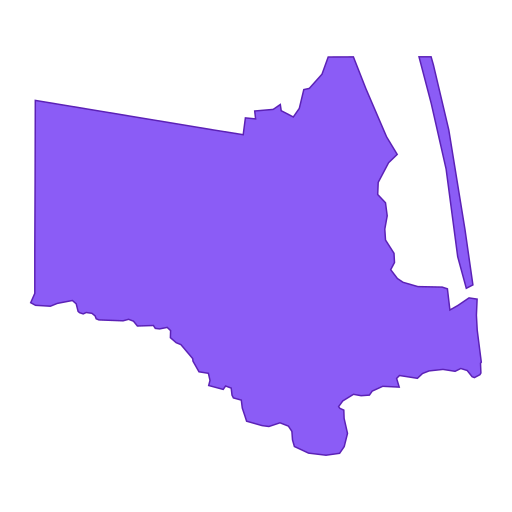 Cameron, Texas, United States of America
{"feature_id": "52423323B19813922549461", "entity_name": "Cameron", "entity_type": "district", "adm_level": 2, "iso_a3": "USA", "parent_name": "United States of America", "parent_adm1": "Texas", "projection": "orthographic", "projection_center": [-97.444, 26.124], "detail": "fine", "context": "isolated", "style": "filled", "palette": "violet", "viewbox_px": 512, "rotation_deg": 0, "n_neighbors": 0, "source": "geoboundaries", "source_scale": "gbopen_adm2", "svg_char_len": 1723}
<svg xmlns="http://www.w3.org/2000/svg" viewBox="0 0 512 512"><path d="M35.3,100.4L35.1,182.4L34.8,251.8L34.8,258.5L34.8,293.4L30.7,302.7L35.5,305.3L50.4,306.2L57.3,303.4L72.4,300.5L76.2,303.8L78.1,311.4L79.6,312.7L83.2,313.9L86.2,312.5L91.9,313.3L95.1,315.9L96.2,318.8L98.9,319.9L123.1,320.8L128.6,319.3L133.5,321.2L137.4,326.0L153.4,325.5L155.3,328.4L159.6,328.9L167.2,327.4L170.6,330.6L170.4,337.7L176.2,342.7L180.9,344.6L192.7,358.6L193.0,361.2L199.0,371.8L208.4,373.3L210.0,380.4L208.7,385.5L223.2,389.4L225.6,386.0L231.2,388.1L232.0,395.1L233.4,397.9L241.3,400.1L242.3,408.1L244.9,415.9L246.6,421.2L262.1,425.6L268.9,426.5L280.0,422.8L288.4,426.1L291.9,431.4L292.5,439.9L294.4,446.5L308.5,453.1L326.0,455.2L339.6,453.3L344.2,446.6L347.5,433.4L344.1,418.4L343.8,410.1L339.8,408.3L338.6,406.6L342.8,400.9L353.5,394.3L361.1,395.7L369.4,395.1L372.2,391.1L382.7,386.3L399.2,387.1L396.6,378.4L399.5,375.5L417.4,378.3L422.5,373.5L429.1,370.9L443.0,369.4L455.1,371.3L460.8,368.5L467.2,370.5L472.1,376.7L474.4,377.6L479.9,374.7L480.9,373.0L480.5,363.2L481.3,362.2L477.2,330.0L476.4,315.2L477.1,299.1L469.0,297.9L458.0,305.4L449.9,310.0L447.4,288.8L442.2,287.1L417.9,286.6L403.0,282.3L397.4,278.5L390.7,269.7L394.5,262.5L394.0,253.3L385.5,240.0L384.8,229.1L387.2,215.8L385.5,202.8L377.7,194.5L378.2,182.4L388.6,162.7L397.2,154.4L386.6,136.9L365.8,88.5L353.4,56.9L328.2,57.0L322.0,74.2L309.3,88.4L303.8,89.6L299.3,108.4L293.3,117.0L281.2,110.7L280.3,104.5L273.2,109.4L254.7,111.0L255.6,118.9L245.4,117.9L243.2,134.7L213.1,129.9L35.3,100.4ZM419.0,56.8L431.2,103.3L446.1,169.0L457.7,256.7L466.3,288.3L472.9,284.9L465.0,229.7L448.8,130.0L433.4,64.9L431.1,56.8L419.0,56.8Z" fill="#8b5cf6" stroke="#5b21b6" stroke-width="1.5"/></svg>